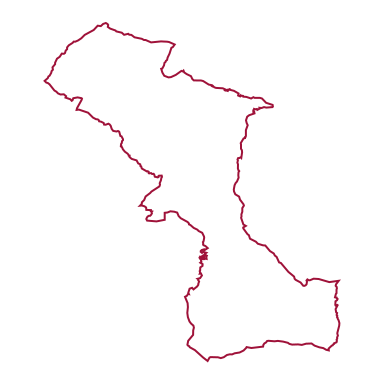 outline of Moieciu, Brasov, Romania
{"feature_id": "2599482B36660136549746", "entity_name": "Moieciu", "entity_type": "district", "adm_level": 2, "iso_a3": "ROU", "parent_name": "Romania", "parent_adm1": "Brasov", "projection": "equal_earth", "projection_center": [25.317, 45.469], "detail": "fine", "context": "isolated", "style": "outline", "palette": "rose", "viewbox_px": 384, "rotation_deg": 0, "n_neighbors": 0, "source": "geoboundaries", "source_scale": "gbopen_adm2", "svg_char_len": 5942}
<svg xmlns="http://www.w3.org/2000/svg" viewBox="0 0 384 384"><path d="M207.6,361.0L209.5,357.6L210.6,357.1L218.0,357.3L220.8,358.1L223.8,357.2L226.9,355.0L229.9,354.3L232.1,354.4L234.6,353.3L239.6,352.5L243.6,350.5L246.0,348.1L246.6,347.1L251.4,348.0L263.1,346.6L263.4,344.8L264.4,343.4L266.1,342.4L267.1,341.0L268.6,340.8L274.6,341.3L277.8,340.9L283.1,341.6L287.9,342.8L289.4,343.9L292.1,344.6L298.1,344.4L301.8,344.9L306.1,343.7L311.6,343.5L314.5,345.6L319.3,347.3L323.3,348.1L326.2,349.8L328.8,350.4L328.6,348.6L331.8,345.6L332.7,345.3L333.3,344.3L334.1,343.9L334.1,343.3L336.5,342.3L336.9,340.9L336.6,339.7L337.2,338.7L337.1,337.4L337.9,335.6L337.3,333.6L337.4,332.7L339.2,325.7L339.4,323.1L338.6,320.3L337.6,318.5L337.6,317.7L337.0,317.1L337.3,315.8L336.6,315.0L337.1,313.0L336.2,312.4L335.6,309.1L337.6,305.2L337.2,304.9L335.6,305.5L335.3,304.9L335.5,301.3L337.0,300.2L337.6,299.0L336.6,298.1L336.6,297.6L335.0,297.3L335.9,293.9L336.5,293.2L336.5,289.7L336.9,288.3L336.6,286.8L335.7,285.9L335.7,285.4L336.1,284.2L338.7,280.8L329.3,282.1L318.7,279.0L313.6,278.7L310.1,280.2L308.9,280.3L307.4,279.4L306.5,280.5L307.0,281.7L306.5,284.4L305.5,285.4L304.1,285.9L303.2,285.7L300.6,282.5L295.6,279.8L294.6,278.7L294.1,276.6L288.4,271.9L280.9,263.0L279.1,262.4L276.6,256.9L274.8,255.5L273.8,253.5L270.0,251.1L265.3,245.5L262.9,245.3L257.8,243.7L255.9,241.7L250.0,238.7L248.9,235.2L247.5,234.2L243.3,228.4L243.2,227.5L245.8,225.9L243.4,224.5L241.1,217.8L241.5,216.5L241.4,214.3L242.3,211.8L242.3,208.1L243.9,205.6L243.5,204.3L240.0,199.6L239.1,196.6L235.3,194.3L234.0,191.4L233.8,189.4L234.6,185.2L235.6,183.1L237.0,181.5L238.6,177.7L238.3,175.2L238.5,172.2L239.2,171.1L238.4,170.1L237.9,168.5L238.0,164.3L237.4,162.7L237.9,160.3L237.5,159.5L238.1,158.1L239.4,158.0L240.8,157.2L241.3,157.8L242.1,152.3L241.9,150.2L241.0,148.8L241.0,144.3L240.7,143.2L243.6,138.4L245.0,138.1L245.0,137.1L245.6,136.9L245.9,135.8L245.9,130.1L247.7,125.2L246.7,123.1L246.0,120.3L247.2,116.7L249.2,115.2L254.5,113.4L254.2,111.8L253.3,111.8L253.3,110.2L254.0,109.7L254.1,108.9L255.3,109.3L256.9,109.0L257.3,109.9L259.9,108.5L259.6,107.8L261.6,108.0L264.0,107.1L266.3,107.6L272.5,107.1L272.9,106.5L272.6,104.9L266.1,102.8L262.0,98.5L260.0,97.9L254.7,97.9L253.4,97.2L251.1,98.5L246.3,96.9L242.5,96.6L243.1,96.4L243.0,95.9L241.5,95.7L240.6,96.2L240.4,95.4L239.5,96.1L238.1,95.5L238.6,93.5L233.9,90.8L230.4,89.9L229.9,89.2L229.4,89.1L229.0,89.4L229.3,89.8L228.3,90.0L227.8,91.0L226.9,90.7L226.9,90.2L226.4,90.5L225.6,90.1L225.3,90.5L224.6,90.2L224.6,89.7L225.7,89.6L222.8,88.3L216.0,87.9L214.3,87.3L213.1,86.2L212.7,86.5L212.1,86.2L212.6,85.7L212.0,85.2L208.8,84.6L203.1,81.0L201.0,80.5L193.8,80.4L192.3,79.0L191.0,76.2L186.7,74.1L184.2,72.4L183.5,70.6L182.7,71.4L181.4,70.9L175.8,74.9L171.0,77.1L168.5,77.4L164.3,75.8L162.4,72.6L161.2,68.8L162.3,68.5L164.0,65.4L164.5,62.8L165.5,62.0L165.9,60.9L167.1,59.9L167.6,57.6L169.5,53.7L171.4,47.8L172.8,47.1L174.7,44.5L169.0,42.0L167.1,41.7L161.0,41.4L151.1,42.4L145.6,40.0L144.0,40.0L141.8,38.8L134.5,37.3L131.4,34.9L129.2,34.7L128.3,33.8L124.1,34.8L121.8,32.7L116.3,31.4L115.5,30.5L110.2,28.6L107.8,26.9L108.2,25.0L107.5,24.0L105.8,23.0L103.2,23.9L100.8,26.1L97.7,25.7L93.7,30.0L84.7,34.9L81.3,38.3L78.0,40.5L75.2,41.7L73.7,41.6L72.6,42.9L68.8,45.3L67.1,47.4L67.1,49.2L65.7,50.6L65.0,53.0L63.9,53.8L61.8,53.6L59.7,56.8L57.0,58.7L55.1,62.7L55.1,64.2L52.5,67.3L52.9,69.7L51.6,71.1L51.2,72.9L49.6,75.7L48.4,76.5L47.8,78.1L44.6,80.9L46.3,82.6L47.8,83.0L49.5,84.3L54.4,90.5L56.4,91.7L58.0,93.4L60.5,94.5L63.8,94.3L66.1,96.2L65.5,97.6L70.4,99.3L71.7,100.8L72.5,100.3L73.3,98.2L77.6,97.4L81.6,98.2L82.0,98.7L81.5,100.1L77.0,108.2L76.6,109.9L78.9,109.6L88.1,112.7L93.0,117.6L96.0,119.2L97.8,119.4L98.9,120.3L99.1,121.3L101.1,121.7L103.7,123.0L104.1,124.6L105.7,124.7L108.4,123.7L109.7,124.5L110.7,125.8L111.7,128.9L113.2,130.9L116.5,131.5L118.0,131.0L119.2,131.7L120.4,136.0L121.5,136.3L123.0,139.2L123.0,140.1L122.0,141.2L121.8,143.0L121.2,143.7L120.9,145.3L121.4,146.0L121.0,146.5L122.1,147.4L122.9,149.3L124.9,151.7L127.5,153.6L128.4,154.6L128.7,155.7L129.6,155.7L129.6,157.1L131.7,158.9L136.6,160.4L138.2,163.4L140.2,164.3L140.5,166.2L141.2,166.4L141.8,168.5L147.0,171.5L147.7,171.2L148.7,171.8L148.7,173.1L149.1,173.4L151.1,173.1L152.1,174.0L153.6,173.8L154.2,174.5L154.8,176.7L157.8,177.4L158.5,177.0L158.4,176.2L158.9,175.7L161.7,175.6L162.0,176.9L161.4,177.8L160.9,180.4L159.7,183.2L160.0,184.7L159.4,186.4L151.4,191.6L150.2,193.0L145.6,196.5L144.2,200.0L141.9,202.3L141.8,203.8L140.0,205.7L141.8,205.5L144.5,206.3L146.1,207.5L146.3,209.9L150.9,210.1L150.8,211.1L152.1,211.4L151.5,212.2L151.9,213.4L151.1,214.8L150.1,215.8L148.9,215.8L147.7,216.5L147.0,217.4L146.3,219.0L147.1,220.6L156.5,221.4L164.7,219.8L164.7,212.8L167.4,212.5L170.4,211.3L174.2,211.7L177.2,212.6L178.6,216.0L180.7,218.2L187.6,222.0L188.9,223.4L189.0,224.4L190.4,225.0L193.7,227.9L197.4,229.7L198.6,231.0L202.2,232.8L204.0,236.5L204.2,237.7L203.6,241.1L202.9,242.1L203.2,242.8L203.1,244.6L203.5,245.2L205.4,246.0L207.7,248.1L204.6,250.1L203.8,249.9L203.8,249.4L201.8,250.0L200.8,250.9L200.7,251.8L202.0,252.9L203.0,251.8L206.3,252.8L204.9,253.9L205.6,254.7L205.3,255.4L206.8,255.8L206.3,256.9L206.6,258.9L203.8,258.1L204.4,255.8L203.6,255.2L200.4,257.2L200.0,256.8L199.5,257.6L199.9,258.6L201.9,258.4L203.0,257.8L203.9,258.4L204.1,259.1L201.1,259.2L201.0,260.5L201.4,261.8L200.3,262.7L202.6,264.1L202.5,265.9L200.3,267.4L200.1,270.7L199.7,271.1L200.1,272.8L199.8,273.6L200.9,273.4L201.9,275.5L200.1,278.1L197.6,278.8L198.4,279.4L198.2,280.2L199.1,281.5L198.3,283.8L198.3,284.8L197.1,286.5L193.5,289.4L192.1,287.8L189.6,288.7L188.3,292.7L188.9,294.1L188.0,293.9L187.0,295.7L185.0,296.8L187.6,303.1L187.9,307.1L187.3,312.9L187.9,317.2L189.5,321.5L191.1,323.6L193.4,325.6L193.9,327.7L193.2,330.4L193.1,334.9L188.2,340.8L187.4,344.8L188.0,345.6L189.3,346.3L189.7,347.2L194.9,350.1L203.1,357.5L207.6,361.0Z" fill="none" stroke="#9f1239" stroke-width="2"/></svg>